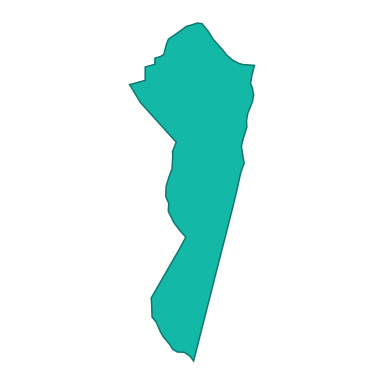 outline of Santa Inês, Paraná, Brazil
{"feature_id": "56859067B45112402193343", "entity_name": "Santa Inês", "entity_type": "district", "adm_level": 2, "iso_a3": "BRA", "parent_name": "Brazil", "parent_adm1": "Paraná", "projection": "natural_earth1", "projection_center": [-51.903, -22.719], "detail": "fine", "context": "isolated", "style": "filled", "palette": "teal", "viewbox_px": 384, "rotation_deg": 0, "n_neighbors": 0, "source": "geoboundaries", "source_scale": "gbopen_adm2", "svg_char_len": 933}
<svg xmlns="http://www.w3.org/2000/svg" viewBox="0 0 384 384"><path d="M212.7,38.7L208.4,31.5L202.0,23.7L197.5,23.0L190.4,25.3L186.7,26.2L176.1,33.9L168.5,39.1L166.5,43.9L163.8,54.4L160.7,56.4L154.9,58.2L154.9,64.3L145.2,67.0L145.2,80.4L129.6,84.6L140.4,102.5L176.2,142.2L172.5,151.5L172.7,157.3L172.0,168.9L168.9,177.0L166.1,186.3L165.7,196.3L168.7,203.3L168.3,211.2L173.8,222.5L180.5,231.3L185.8,237.1L178.6,250.4L151.2,298.0L151.6,303.3L152.1,317.2L156.2,322.1L158.9,328.5L160.7,332.2L163.2,336.7L169.8,344.6L172.7,349.3L177.3,352.0L184.3,352.3L190.0,356.2L193.6,361.0L222.5,247.5L224.5,239.8L233.4,204.9L236.9,190.1L240.7,172.9L242.8,167.1L244.2,163.2L243.2,157.9L241.4,146.3L243.2,138.5L245.0,133.3L246.9,126.8L246.5,120.9L247.7,113.5L252.4,101.9L253.6,95.1L252.4,88.2L250.6,83.6L251.7,76.2L254.4,65.4L242.6,64.5L238.8,63.4L232.7,60.2L226.3,54.7L222.6,49.8L212.7,38.7Z" fill="#14b8a6" stroke="#0f766e" stroke-width="1.5"/></svg>